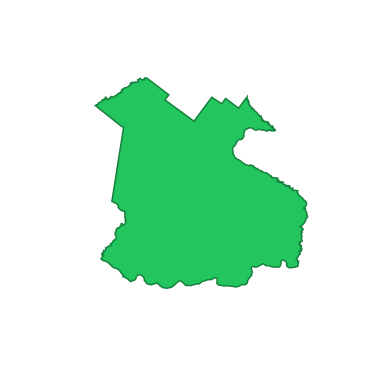 outline of Lusangazi, Eastern, Zambia, rotated 217°
{"feature_id": "96606910B89827390447979", "entity_name": "Lusangazi", "entity_type": "district", "adm_level": 2, "iso_a3": "ZMB", "parent_name": "Zambia", "parent_adm1": "Eastern", "projection": "mercator", "projection_center": [31.454, -13.775], "detail": "fine", "context": "isolated", "style": "filled", "palette": "green", "viewbox_px": 384, "rotation_deg": 217, "n_neighbors": 0, "source": "geoboundaries", "source_scale": "gbopen_adm2", "svg_char_len": 6000}
<svg xmlns="http://www.w3.org/2000/svg" viewBox="0 0 384 384"><g transform="rotate(217 192 192)"><path d="M71.5,189.7L69.2,189.8L67.4,191.0L64.2,194.3L62.7,196.4L63.7,197.6L64.0,199.0L64.9,199.4L64.9,200.7L65.4,200.8L65.8,200.4L67.0,201.2L67.8,200.6L68.2,200.8L68.0,201.3L68.6,202.7L68.2,204.2L68.8,205.5L68.3,207.5L69.2,208.2L70.3,208.3L70.6,209.4L70.3,209.7L69.6,209.4L69.2,209.9L69.6,211.2L70.7,211.8L69.9,212.4L69.9,212.6L71.6,213.5L72.4,214.9L72.8,214.8L72.6,214.2L72.8,214.0L74.2,214.2L74.4,214.6L74.2,215.2L74.4,215.6L75.6,215.5L75.9,216.3L75.3,217.1L75.4,218.1L74.6,218.7L74.5,219.2L76.6,220.6L77.2,221.4L77.1,222.2L77.9,222.8L78.3,223.6L79.7,223.9L79.8,225.0L79.5,225.7L80.7,226.0L80.3,226.6L80.6,227.1L80.7,228.9L81.5,229.5L82.5,229.1L83.3,229.7L84.8,229.3L84.8,229.8L84.1,230.1L83.7,235.1L84.1,237.6L85.2,239.0L84.5,240.2L84.9,240.9L84.8,241.7L86.4,243.2L87.4,243.5L88.1,244.6L90.6,245.7L91.1,246.8L93.3,246.3L93.4,246.8L92.4,248.6L93.5,251.8L95.7,253.1L96.8,252.8L99.8,253.5L105.7,253.9L106.2,254.6L107.8,255.2L108.3,256.7L110.5,255.5L111.7,254.4L112.6,254.5L113.1,254.0L113.5,254.3L113.2,255.0L113.6,255.8L114.6,254.8L115.8,254.2L116.2,254.6L116.7,254.5L117.1,254.0L117.3,254.1L116.8,254.8L117.1,255.4L117.8,255.6L118.2,255.0L119.5,254.9L119.8,253.7L120.1,254.0L120.9,253.2L122.2,254.0L124.2,253.0L125.2,253.5L125.8,253.4L125.1,254.5L126.2,254.5L126.7,253.7L126.8,252.6L127.2,252.5L127.9,253.1L128.8,251.8L129.3,251.9L129.2,252.6L130.2,252.2L129.7,253.5L130.9,253.6L131.7,253.2L131.8,254.5L134.0,253.6L135.6,252.2L136.9,251.8L137.3,251.8L137.4,252.1L138.1,251.9L138.3,252.4L139.2,252.1L140.1,252.3L140.9,252.1L143.6,252.3L146.9,250.4L147.7,250.8L149.1,250.8L150.8,249.9L153.4,249.7L153.7,250.1L154.1,249.6L156.2,249.5L156.5,249.2L157.8,249.2L158.2,249.8L159.0,249.7L159.7,249.5L159.8,248.9L161.3,248.9L161.4,248.2L162.4,247.5L163.7,247.1L164.4,246.3L165.6,246.0L166.2,246.3L167.4,245.9L167.9,246.1L170.5,245.8L172.5,246.1L176.8,245.2L179.8,246.0L180.1,246.4L181.6,246.8L186.2,251.6L185.7,255.1L186.5,260.7L186.0,262.3L183.9,263.8L183.8,265.8L184.1,267.6L186.0,270.3L187.0,273.6L184.5,278.3L181.9,279.3L179.7,279.3L178.4,279.7L175.7,282.8L174.0,283.2L172.2,284.6L171.2,284.8L169.8,285.7L168.8,285.5L168.6,286.5L167.7,287.4L167.6,288.0L166.8,288.2L166.3,289.0L165.7,288.8L165.8,289.2L164.5,289.5L164.3,289.9L164.0,289.8L163.6,290.5L163.4,290.3L163.2,291.0L162.5,291.3L162.8,291.6L163.5,291.0L164.8,292.1L166.3,292.0L166.6,292.9L167.2,293.0L166.8,292.0L167.8,292.4L168.1,291.6L169.6,292.5L172.1,292.2L172.0,293.4L173.6,293.3L173.8,293.5L174.2,293.1L174.4,293.3L175.0,293.0L176.3,291.6L177.2,292.1L177.3,291.8L178.0,292.0L178.2,291.6L177.9,291.4L178.2,291.1L179.3,291.6L179.2,292.1L179.6,292.1L179.6,292.5L180.3,292.3L180.6,292.7L181.4,292.9L181.6,293.7L182.1,294.0L182.2,293.4L183.0,293.6L183.5,293.1L184.3,293.8L185.7,293.5L186.9,294.2L188.6,294.6L190.3,294.1L191.2,294.9L193.9,295.3L194.4,294.4L195.4,295.5L199.3,296.1L199.5,296.5L199.3,296.7L200.6,297.4L200.8,298.3L201.5,298.0L202.8,299.4L203.7,299.3L203.9,299.0L205.3,301.2L205.2,287.0L221.4,286.9L221.4,280.3L233.2,279.6L233.0,249.7L269.1,249.3L269.0,255.7L296.7,255.8L297.2,255.4L297.2,255.0L298.2,254.8L298.3,254.3L297.9,254.3L298.3,253.1L297.7,253.0L297.8,252.5L299.5,251.4L301.7,251.4L302.6,249.8L302.8,248.7L301.7,248.3L301.1,248.8L301.5,248.4L301.2,247.7L302.4,246.1L303.5,245.9L304.2,243.9L305.6,244.0L306.1,242.9L305.9,242.2L306.1,242.0L306.3,242.4L306.6,241.9L306.7,241.5L306.4,241.3L305.7,241.1L305.5,241.4L305.5,239.5L306.1,239.4L306.5,237.1L307.4,235.5L308.3,234.9L309.7,231.4L309.0,231.3L309.2,230.9L308.6,229.9L309.4,228.5L309.2,228.1L308.6,228.3L308.7,227.5L309.1,227.0L310.1,226.8L310.3,224.9L310.8,223.8L310.5,223.3L311.4,222.2L311.4,221.1L312.8,219.9L313.8,219.8L314.3,218.1L313.9,216.7L314.9,215.9L315.3,214.8L315.6,214.7L315.8,215.4L318.1,215.7L318.0,215.1L317.0,215.0L317.0,214.4L318.1,213.3L317.6,212.7L317.8,212.2L318.5,212.2L319.2,211.3L318.5,209.4L319.9,208.0L320.3,206.6L319.8,206.0L321.3,202.9L287.7,202.0L285.6,202.6L250.3,136.2L248.3,137.0L248.1,136.7L245.2,137.4L242.0,136.4L241.8,135.5L241.1,135.0L237.6,134.7L236.0,135.0L235.5,136.1L234.5,135.9L234.2,136.4L234.3,136.0L233.7,136.0L233.1,134.7L232.2,134.3L232.1,133.7L231.0,132.8L231.1,132.3L230.6,132.1L230.5,131.4L229.2,130.5L228.6,130.7L228.2,129.7L228.3,129.0L227.2,129.1L226.5,126.2L226.3,124.0L227.0,123.9L228.7,124.7L229.3,124.4L229.4,123.8L228.6,123.1L228.9,121.7L228.4,120.3L228.8,119.4L229.7,118.9L230.1,116.7L228.8,114.8L229.1,113.7L228.3,112.5L227.5,111.6L226.6,111.5L224.7,109.6L225.0,108.7L224.7,107.0L225.5,106.4L225.2,103.3L225.9,101.7L224.4,101.1L224.3,100.5L225.6,99.6L226.4,98.0L226.3,96.6L227.0,96.1L227.4,95.2L226.5,94.7L225.9,93.0L227.5,92.0L226.1,90.5L226.2,89.9L227.0,89.2L226.8,88.1L225.7,87.5L225.2,88.5L224.7,88.5L224.3,88.2L224.6,84.8L224.4,84.0L224.0,83.7L221.5,83.8L220.6,84.5L219.5,84.4L218.2,85.1L214.1,85.0L213.2,84.6L211.9,85.0L211.1,84.3L208.2,84.6L207.1,85.4L203.2,85.8L198.2,84.3L197.2,84.6L196.4,82.8L194.4,83.5L192.3,83.5L191.3,84.0L189.7,83.6L188.8,83.8L188.2,83.4L186.4,84.1L185.9,86.2L184.8,86.9L184.6,88.8L185.3,90.1L185.6,91.8L185.4,92.7L184.3,94.1L183.1,94.8L181.8,95.1L178.9,94.7L176.8,92.7L172.5,91.7L168.7,93.4L165.5,97.9L163.9,98.4L161.2,97.9L158.1,98.0L154.4,99.8L151.3,103.3L150.3,105.8L149.4,111.1L148.3,113.7L147.4,114.2L145.9,114.3L141.0,113.6L139.8,114.2L139.1,115.0L136.4,116.7L134.9,119.1L132.5,121.8L130.9,123.0L130.4,125.4L129.4,127.6L128.0,129.2L126.8,131.3L123.8,133.7L122.3,136.8L121.2,138.0L119.5,137.8L117.8,134.9L116.9,134.0L115.0,133.7L110.3,136.0L106.6,138.9L99.4,142.9L98.6,143.8L97.5,145.6L97.1,147.2L94.1,149.8L93.2,151.1L93.2,152.0L93.6,153.9L94.2,154.7L94.5,155.9L94.3,161.1L95.8,164.5L98.6,166.6L99.3,167.4L99.2,168.2L98.5,169.4L96.9,169.7L95.1,171.1L92.0,177.6L88.4,177.7L87.3,179.0L82.6,180.6L77.4,184.2L77.0,185.4L77.2,186.9L79.2,190.9L78.9,192.1L77.5,192.8L75.2,192.9L74.0,192.5L73.2,191.9L72.6,190.7L71.5,189.7Z" fill="#22c55e" stroke="#15803d" stroke-width="1.5"/></g></svg>